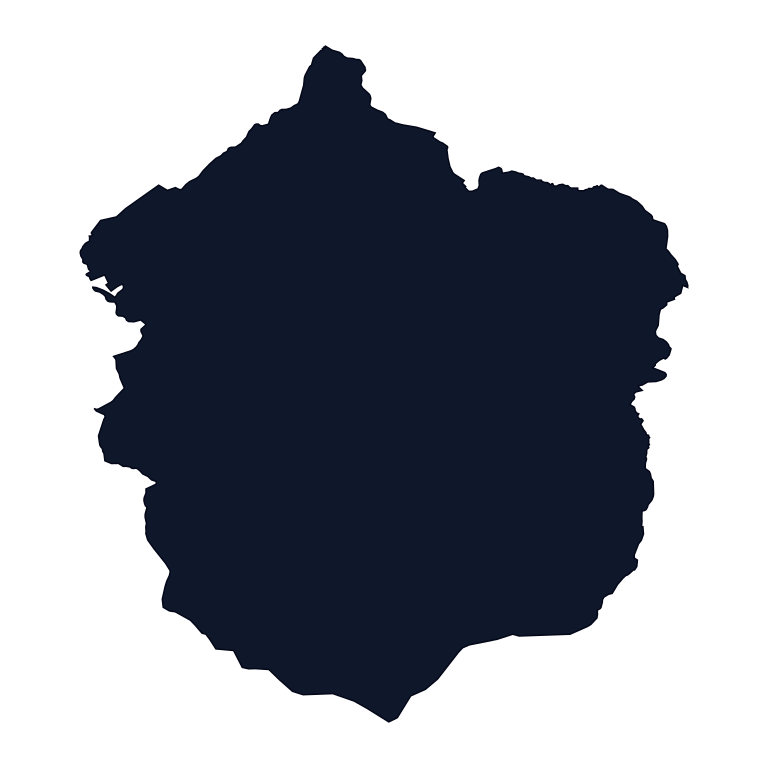 Pausesti-Maglasi, Vâlcea, Romania
{"feature_id": "2599482B55299870706734", "entity_name": "Pausesti-Maglasi", "entity_type": "district", "adm_level": 2, "iso_a3": "ROU", "parent_name": "Romania", "parent_adm1": "Vâlcea", "projection": "equal_earth", "projection_center": [24.244, 45.144], "detail": "fine", "context": "isolated", "style": "filled", "palette": "ink", "viewbox_px": 768, "rotation_deg": 0, "n_neighbors": 0, "source": "geoboundaries", "source_scale": "gbopen_adm2", "svg_char_len": 6055}
<svg xmlns="http://www.w3.org/2000/svg" viewBox="0 0 768 768"><path d="M687.6,287.4L687.1,285.5L687.8,285.6L686.9,282.2L685.3,279.4L685.0,275.7L680.7,273.2L677.1,266.0L678.1,264.5L677.8,263.6L675.1,259.4L670.7,254.5L668.6,251.5L665.9,248.8L667.6,236.6L667.5,230.4L666.4,226.4L664.6,223.8L653.2,219.9L652.5,218.5L652.3,216.6L651.1,215.0L644.9,210.4L642.1,206.2L636.8,201.3L632.5,199.1L629.9,197.1L619.7,193.5L613.1,189.5L610.5,189.2L609.3,189.5L607.4,188.9L601.7,185.2L601.1,185.2L599.1,186.9L597.9,186.8L597.4,185.8L596.8,185.8L596.0,186.5L593.8,186.8L592.6,188.3L591.8,188.6L588.9,188.4L588.0,189.2L585.3,189.8L584.1,190.7L579.5,190.8L577.7,190.0L577.7,188.1L571.0,188.1L569.9,187.6L567.9,185.7L565.2,185.6L562.8,184.3L559.2,184.8L556.5,186.1L553.8,186.0L552.7,183.7L552.1,183.6L550.4,184.8L549.9,184.6L549.5,183.9L547.5,182.6L544.5,182.4L542.3,181.6L541.1,180.1L536.4,180.2L533.4,178.0L531.0,178.1L528.8,176.8L524.1,175.8L523.2,174.3L522.0,173.7L518.6,173.2L515.7,172.0L511.8,171.1L509.1,172.1L502.5,173.2L501.5,169.2L500.8,168.3L498.5,167.3L496.0,168.5L482.2,173.0L480.8,174.3L479.7,177.2L479.0,180.3L479.3,185.5L478.0,188.9L472.2,191.3L468.7,191.3L464.9,187.4L465.7,186.5L462.2,183.2L464.2,180.5L454.1,174.0L452.9,172.7L449.9,166.7L448.0,158.4L446.9,149.8L447.7,147.4L447.4,146.4L442.4,142.9L440.1,142.1L433.4,137.7L433.0,137.2L433.2,136.0L435.2,132.9L416.8,127.3L402.7,124.9L394.8,122.9L390.1,119.9L387.5,118.9L385.4,114.5L382.6,112.2L377.3,110.2L371.1,107.0L370.0,105.4L369.8,104.3L370.8,98.2L369.9,95.2L369.2,94.1L362.5,88.0L360.8,84.9L361.8,80.7L361.3,76.0L361.5,75.3L365.3,70.9L365.5,69.7L364.9,68.3L365.1,67.5L360.4,60.4L359.0,59.6L356.3,59.5L352.7,58.5L347.2,58.1L343.9,56.4L341.9,54.0L339.4,52.3L332.1,50.2L325.4,46.1L325.0,46.6L325.6,47.6L325.4,48.0L324.0,47.1L323.3,48.2L322.4,48.6L323.1,50.0L321.0,50.4L313.5,58.1L311.5,65.2L309.6,66.7L305.2,75.2L304.4,77.8L303.7,85.3L299.2,101.7L297.9,103.9L294.1,105.7L290.8,108.1L286.2,109.4L281.7,109.5L279.9,110.4L278.2,112.5L274.8,112.7L271.8,115.1L270.4,118.2L268.5,124.2L262.1,125.9L260.1,125.5L258.4,124.1L256.2,124.1L254.7,124.7L251.8,128.7L249.0,131.5L246.5,137.2L243.1,140.8L241.5,143.2L235.4,147.2L231.0,147.3L229.1,148.0L228.3,148.7L227.1,151.5L223.4,153.2L221.0,155.8L215.9,158.4L209.7,164.0L203.2,170.7L198.9,176.4L196.4,178.3L189.7,181.6L186.0,184.5L181.7,189.4L179.7,189.7L175.4,187.6L167.4,190.4L158.7,185.2L125.8,208.5L116.5,216.9L100.6,220.5L91.5,232.4L91.4,233.5L92.4,234.7L92.3,235.4L91.3,236.0L89.3,236.1L89.6,237.3L89.5,241.2L86.4,242.7L84.9,244.0L82.8,246.7L82.2,248.4L80.6,250.6L80.2,252.7L80.9,256.0L82.9,259.3L82.8,261.9L83.9,263.2L86.2,263.9L87.4,264.7L88.6,269.3L90.5,270.8L90.1,271.9L86.5,274.0L86.2,274.7L86.7,275.4L89.4,276.7L90.1,279.0L91.1,280.4L104.7,274.9L108.6,283.2L106.0,284.9L111.1,291.1L117.2,286.6L121.2,284.5L123.0,284.6L123.6,287.2L122.8,289.4L117.9,293.1L115.1,297.5L109.3,293.5L103.4,290.3L96.5,287.6L92.8,287.1L92.8,288.0L94.2,290.0L95.4,291.0L99.7,292.0L103.5,294.5L105.3,296.3L106.1,299.1L107.7,301.1L109.9,301.8L114.8,302.0L116.7,305.5L116.8,307.8L116.1,312.5L116.4,313.9L117.7,315.4L118.7,315.9L122.7,316.1L125.6,317.8L126.5,320.1L128.5,321.5L133.9,321.8L140.7,320.0L146.0,324.3L145.1,325.6L141.0,329.3L141.0,331.3L143.0,335.5L142.8,336.7L141.4,339.5L138.8,342.8L138.2,344.4L136.4,347.0L133.5,349.5L130.8,350.9L113.6,356.4L116.0,359.5L116.5,368.6L119.3,374.1L120.1,378.1L124.4,388.2L115.8,397.2L113.2,400.6L111.0,402.3L98.5,409.0L96.3,409.4L94.2,408.5L96.3,411.0L104.5,414.7L105.1,416.3L105.1,417.1L103.9,419.4L98.5,435.9L99.8,444.9L100.6,446.6L102.3,448.6L102.9,451.6L104.0,453.6L104.9,460.8L111.5,463.5L118.5,463.4L123.2,466.4L126.3,466.3L130.2,467.0L131.6,468.2L133.4,468.5L135.7,468.2L137.1,468.5L139.8,470.7L142.7,473.9L147.9,476.4L151.6,479.9L155.9,481.3L156.4,482.7L155.9,484.3L146.0,488.9L146.0,493.1L144.2,497.7L143.9,500.2L144.5,503.2L145.4,505.8L146.8,506.9L146.8,508.1L145.2,514.1L145.1,517.1L146.5,523.6L145.8,526.7L146.1,531.9L145.8,533.3L147.7,539.9L153.8,548.5L165.6,563.3L170.1,570.5L170.1,572.5L169.3,575.8L166.8,581.1L165.2,586.2L162.3,599.1L163.2,607.3L169.4,610.9L175.3,611.8L190.4,620.2L195.2,625.2L202.0,633.2L205.9,634.2L210.0,639.7L215.9,648.9L233.6,650.5L242.3,667.4L248.6,668.8L255.3,668.6L268.9,669.5L279.4,679.7L292.5,691.3L303.1,694.7L332.8,693.6L354.0,701.0L366.5,708.0L388.8,721.9L397.3,717.7L410.7,695.9L425.3,689.4L437.6,679.0L458.3,652.4L462.6,647.8L469.2,644.9L497.0,639.3L512.8,634.2L519.1,636.0L570.1,634.2L587.8,626.3L590.8,624.5L596.9,618.0L597.5,614.2L597.3,610.8L597.8,609.8L600.0,608.7L600.9,607.7L602.3,602.4L602.5,599.6L603.8,597.2L608.4,594.3L612.2,593.4L617.5,584.5L623.0,578.1L625.8,575.5L627.5,575.0L629.5,573.5L633.4,569.9L634.6,569.9L636.8,566.5L637.4,560.1L633.9,557.8L634.3,557.2L634.3,554.7L638.5,543.9L641.4,540.1L643.5,534.0L642.9,526.7L641.5,526.8L642.0,521.3L641.8,517.8L642.0,511.0L644.6,510.5L646.2,509.5L647.6,506.7L648.1,504.7L651.8,500.2L653.2,496.7L653.6,494.2L653.2,481.3L651.2,478.2L650.4,474.1L649.3,471.5L645.7,468.9L645.2,467.5L645.4,463.0L646.5,459.4L646.4,458.3L645.7,456.9L646.7,453.3L646.7,450.1L647.1,449.2L648.8,447.7L648.2,445.7L649.4,444.7L648.5,442.9L648.8,442.0L648.6,438.9L649.6,437.5L648.6,436.4L648.6,435.3L646.4,434.7L645.9,432.6L643.8,429.9L640.9,424.7L641.0,423.8L643.1,420.7L641.6,418.8L639.8,419.0L638.3,417.7L637.8,416.7L638.0,415.1L638.8,413.9L636.3,412.7L635.1,410.4L634.9,408.5L634.2,407.1L630.3,404.8L630.4,403.9L631.7,401.5L634.2,399.0L634.7,396.8L633.9,395.3L633.8,394.1L634.1,393.5L636.0,391.9L642.2,390.4L639.0,387.4L638.5,385.8L642.4,385.0L647.7,381.9L656.1,381.5L661.6,379.8L664.2,378.3L666.1,376.1L666.2,374.3L664.8,372.6L652.6,367.8L655.3,365.2L655.2,363.8L658.8,360.6L662.6,358.5L663.9,358.1L665.2,359.0L666.6,358.1L669.2,354.9L670.9,349.3L671.0,348.7L669.2,346.8L668.4,344.6L666.4,342.0L663.1,339.5L658.5,338.0L655.9,335.3L655.4,332.5L655.5,330.7L658.2,325.4L659.0,314.7L660.4,309.3L663.2,307.8L666.7,304.8L666.6,302.1L674.5,299.2L674.1,297.8L674.8,296.6L680.7,293.3L682.7,285.4L687.6,287.4Z" fill="#0f172a" stroke="#020617" stroke-width="1.5"/></svg>